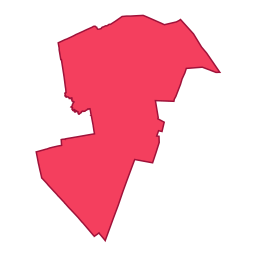 Maureni, Caras-Severin, Romania (Equal Earth projection)
{"feature_id": "2599482B93688021028520", "entity_name": "Maureni", "entity_type": "district", "adm_level": 2, "iso_a3": "ROU", "parent_name": "Romania", "parent_adm1": "Caras-Severin", "projection": "equal_earth", "projection_center": [21.478, 45.422], "detail": "fine", "context": "isolated", "style": "filled", "palette": "rose", "viewbox_px": 256, "rotation_deg": 0, "n_neighbors": 0, "source": "geoboundaries", "source_scale": "gbopen_adm2", "svg_char_len": 4492}
<svg xmlns="http://www.w3.org/2000/svg" viewBox="0 0 256 256"><path d="M201.5,47.0L193.5,33.9L180.5,19.5L179.3,20.4L176.4,21.9L170.9,23.2L164.4,24.7L163.5,24.3L161.6,23.4L147.3,17.1L143.2,15.4L137.3,15.7L137.2,15.7L130.3,16.1L126.4,16.1L122.1,16.5L115.1,21.4L110.4,24.4L110.0,24.3L109.8,24.3L109.0,24.4L108.5,24.7L107.8,25.3L107.4,25.5L107.0,25.7L106.5,25.9L106.0,25.8L105.6,25.8L105.2,26.0L104.2,26.5L103.9,26.7L103.6,26.8L103.3,26.9L102.5,27.1L102.4,27.1L102.2,27.2L102.1,27.4L102.0,27.5L101.8,27.6L101.6,27.7L101.6,27.9L101.3,28.5L100.7,28.7L99.7,29.0L98.7,29.2L98.1,29.2L97.7,29.2L97.4,28.9L97.2,28.5L96.7,27.5L96.7,27.3L96.0,27.0L95.8,26.8L95.3,26.4L95.1,26.2L94.9,26.2L94.6,26.3L94.1,26.3L93.4,26.4L92.9,26.7L92.4,27.1L86.3,29.8L85.0,30.4L83.4,31.2L79.6,32.9L78.8,33.3L77.6,33.8L76.0,34.5L75.2,34.9L74.6,35.3L72.2,36.5L70.3,37.4L69.4,37.8L66.6,39.1L66.0,39.3L65.1,39.6L60.0,42.0L58.2,42.8L58.3,43.4L58.5,44.6L58.8,46.0L58.8,46.3L59.2,48.2L59.2,48.4L59.2,48.5L59.1,48.8L59.1,49.0L59.2,50.1L60.8,59.6L61.4,59.6L64.1,77.0L65.4,87.1L65.6,88.2L65.8,90.1L66.0,92.7L65.7,92.9L65.5,92.7L65.4,92.7L65.3,92.8L65.2,92.8L65.0,93.1L64.9,93.3L64.9,93.6L64.9,93.8L65.1,94.3L65.2,94.6L65.3,94.9L65.3,95.1L65.3,95.3L65.1,95.5L64.9,95.7L64.9,95.8L65.3,95.8L65.5,95.8L65.6,96.0L65.7,96.3L65.7,96.6L65.8,96.7L66.0,96.6L66.5,96.4L66.6,96.5L66.6,96.8L66.5,97.1L66.9,97.1L67.1,97.0L67.3,96.9L67.7,96.9L68.1,97.0L68.4,97.2L68.6,97.4L68.9,97.9L69.0,97.9L69.4,97.9L69.5,98.1L69.5,98.5L70.5,98.3L70.7,98.1L71.1,97.9L71.8,97.9L71.8,98.1L71.4,98.4L71.5,98.5L71.4,98.5L71.2,98.7L71.2,99.0L71.9,99.4L71.9,99.7L71.8,99.9L71.8,100.0L72.0,100.7L72.1,101.0L72.4,101.2L72.6,101.2L72.8,101.4L73.1,101.5L73.3,101.4L74.0,101.9L74.0,102.0L73.9,102.2L73.2,102.7L73.1,102.9L73.2,103.2L73.0,103.4L73.0,103.5L72.8,104.0L72.7,104.1L72.4,104.4L72.4,104.5L72.5,104.9L72.4,105.2L72.4,105.5L72.1,105.8L71.9,106.2L71.7,106.4L71.5,106.5L71.4,106.6L71.2,106.8L71.0,107.0L71.4,107.2L72.0,107.3L72.3,107.4L72.5,107.6L72.6,107.9L72.6,108.1L72.5,108.4L72.4,108.5L72.2,108.8L71.9,109.0L72.0,109.2L72.1,109.3L72.3,109.5L72.5,109.8L72.6,110.0L72.7,110.3L72.9,110.5L73.2,110.6L73.3,110.6L73.5,110.6L73.5,110.3L73.5,110.1L73.6,109.9L73.7,109.7L73.9,109.6L74.2,109.5L74.7,109.6L74.9,110.0L74.9,110.3L74.6,110.5L74.4,110.7L74.2,110.8L74.2,111.1L74.3,111.4L74.6,111.9L74.8,111.9L75.2,112.0L75.3,112.0L75.5,112.0L75.8,111.8L75.8,111.7L75.8,111.2L76.0,110.9L76.3,110.7L76.5,110.8L76.7,111.0L76.8,111.3L76.9,111.5L77.8,111.6L78.0,111.7L78.0,111.8L78.0,112.0L77.9,112.8L78.2,113.0L78.4,113.2L78.4,113.4L78.4,113.8L78.5,114.0L78.9,114.2L79.3,114.1L79.5,113.9L79.9,113.4L80.1,113.3L80.2,113.2L80.4,113.1L80.6,113.0L80.7,112.9L80.9,112.8L81.2,112.6L81.2,112.4L81.2,112.2L81.3,112.1L81.5,111.9L81.7,111.7L82.1,111.6L82.3,111.3L82.3,111.2L82.5,111.2L82.9,111.1L83.5,111.4L83.9,111.2L84.0,111.2L84.8,111.3L85.0,111.2L85.3,110.7L86.2,110.2L86.3,110.2L86.6,110.1L87.2,109.5L87.3,109.5L87.5,109.5L87.5,109.4L87.6,109.2L87.8,109.0L87.9,108.9L88.1,108.9L88.3,108.9L88.6,109.1L88.8,109.1L88.9,108.9L89.0,108.8L89.8,108.7L90.0,108.7L90.3,110.3L90.6,111.9L90.9,113.8L91.3,115.7L91.2,115.7L91.4,115.9L92.1,119.9L93.2,125.6L93.2,125.9L93.9,130.5L94.5,133.8L80.2,136.3L76.3,137.0L74.3,137.3L72.7,137.6L67.3,138.5L65.7,138.8L64.9,139.0L64.9,139.3L64.6,139.2L64.3,139.2L64.0,139.2L63.7,139.2L63.4,139.2L62.0,139.4L61.2,139.6L61.6,145.4L59.3,145.8L58.1,146.0L52.4,147.3L50.5,147.8L49.9,147.9L46.9,149.0L45.9,149.2L43.5,149.9L42.0,150.3L36.2,151.9L36.3,152.3L36.5,153.4L37.5,158.5L38.0,161.1L38.4,163.3L38.8,164.9L39.1,166.3L39.9,170.0L40.4,172.0L41.3,176.0L41.7,178.0L42.1,178.3L47.2,183.8L47.3,183.9L47.5,184.3L49.3,186.3L54.1,191.5L54.8,192.2L56.1,193.6L56.5,194.0L57.5,195.2L57.7,195.5L57.9,195.7L58.3,196.1L59.0,196.8L59.5,197.3L60.5,198.4L60.9,198.8L61.8,199.8L62.0,200.0L64.0,202.1L64.9,203.3L65.2,203.5L66.7,205.2L68.1,206.8L69.1,207.9L74.7,213.8L76.1,215.3L77.5,216.8L78.7,218.1L78.8,218.3L80.0,219.7L82.0,222.1L82.5,222.5L93.4,235.3L94.1,235.9L94.2,236.0L94.3,236.3L95.8,235.3L96.0,235.1L96.8,234.6L99.0,232.9L99.6,233.9L100.4,234.8L101.6,236.2L104.7,239.9L105.2,240.6L113.4,218.1L118.3,205.0L122.9,191.5L126.9,180.5L134.7,159.5L152.6,162.8L156.0,152.6L159.2,142.5L159.0,136.3L156.7,136.0L158.6,130.7L162.0,131.5L164.2,122.2L157.9,118.8L158.2,117.5L155.4,100.6L173.9,101.3L174.3,99.2L175.8,96.5L180.5,84.3L182.1,78.9L184.9,72.8L186.3,68.4L202.3,67.2L206.6,68.8L216.0,72.4L219.8,72.3L206.7,53.2L201.5,47.0Z" fill="#f43f5e" stroke="#9f1239" stroke-width="1.5"/></svg>